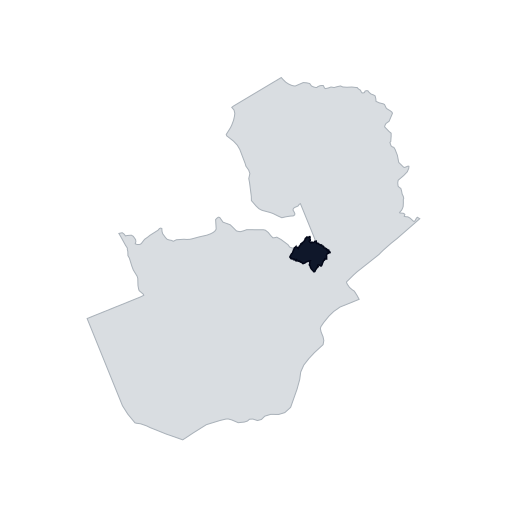 Mkushi, Central, Zambia (highlighted), rotated 338°
{"feature_id": "96606910B76461295717926", "entity_name": "Mkushi", "entity_type": "district", "adm_level": 2, "iso_a3": "ZMB", "parent_name": "Zambia", "parent_adm1": "Central", "projection": "mercator", "projection_center": [29.248, -13.765], "detail": "fine", "context": "in_parent", "style": "filled", "palette": "ink", "viewbox_px": 512, "rotation_deg": 338, "n_neighbors": 0, "source": "geoboundaries", "source_scale": "gbopen_adm2", "svg_char_len": 8601}
<svg xmlns="http://www.w3.org/2000/svg" viewBox="0 0 512 512"><g transform="rotate(338 256 256)"><path d="M335.4,334.8L314.8,334.8L307.4,336.5L301.2,339.0L293.9,343.0L289.7,345.8L288.5,347.4L287.9,350.8L287.9,356.0L287.2,359.8L285.0,363.3L273.9,367.5L266.6,370.9L259.5,375.0L254.0,380.3L250.3,386.8L244.2,394.8L231.4,409.3L224.0,412.0L217.7,411.4L210.2,408.3L204.2,407.8L199.8,409.6L195.7,409.1L192.0,406.0L188.8,404.9L186.3,405.8L183.0,405.6L177.1,403.9L172.0,398.8L169.2,396.7L167.0,395.9L160.9,395.0L146.8,393.8L132.1,396.4L119.2,399.0L106.1,387.5L93.5,375.4L90.8,372.4L86.1,368.3L82.7,366.4L81.3,365.4L77.9,354.6L76.1,344.8L76.0,250.7L133.5,250.7L137.2,250.4L137.3,249.4L134.7,244.4L134.8,242.6L135.5,239.2L138.0,232.5L138.2,230.2L137.0,222.9L137.1,218.8L137.8,210.5L137.4,207.7L138.8,204.0L139.2,201.5L139.7,200.5L139.1,197.6L137.9,187.8L137.3,183.7L140.7,184.3L141.9,186.3L142.5,188.5L144.1,188.7L148.2,190.0L149.6,191.8L150.5,195.7L150.0,197.7L148.6,199.4L150.0,200.8L152.7,201.8L154.3,201.5L158.9,198.8L163.2,197.8L165.3,197.1L174.8,195.4L176.7,194.4L178.0,194.4L179.0,195.2L178.1,197.9L177.8,200.4L179.0,205.1L179.9,207.3L181.9,208.9L183.3,209.7L184.9,211.4L188.2,211.1L195.5,213.5L197.7,214.6L200.7,215.7L202.9,216.1L210.4,217.0L218.3,218.3L222.4,218.4L225.3,218.1L227.4,217.4L228.6,216.6L229.2,216.0L232.2,207.1L233.7,206.4L235.6,205.9L236.8,206.7L238.1,212.3L243.8,217.4L245.7,221.7L247.2,225.3L248.4,226.3L250.6,227.6L254.0,228.0L257.1,228.1L272.6,234.4L274.3,235.5L276.2,238.8L277.3,242.6L278.5,245.5L280.5,246.1L282.3,246.3L284.0,248.4L285.4,250.1L289.9,257.5L290.6,260.4L292.8,262.4L295.8,263.2L298.6,263.3L300.2,262.4L304.1,260.9L307.2,259.2L309.4,258.6L310.7,259.0L311.8,260.2L312.4,263.8L314.6,265.1L316.2,264.6L316.8,263.1L316.9,262.4L316.8,224.1L315.4,224.3L313.7,225.4L309.6,225.5L308.0,226.4L307.5,227.6L307.8,229.2L307.9,231.3L307.3,232.4L305.5,232.8L302.9,231.9L298.2,230.8L294.3,230.2L291.5,227.3L287.7,223.0L285.2,220.8L279.2,216.3L278.2,215.4L276.4,213.2L274.8,209.7L273.4,205.5L272.5,202.9L274.0,198.9L277.5,185.6L278.3,181.5L281.2,177.3L281.4,173.6L280.3,168.8L280.6,166.2L280.9,151.1L280.2,146.3L278.2,141.1L273.9,133.7L273.9,132.2L280.5,127.4L282.5,125.6L286.0,121.8L288.3,118.5L289.8,115.8L290.3,112.4L289.2,109.1L291.5,108.5L346.3,100.0L347.1,102.3L348.7,106.0L350.6,108.7L353.0,111.2L355.0,112.6L356.3,113.1L364.8,112.9L367.8,114.4L370.4,116.2L371.1,119.1L372.8,120.9L374.7,122.3L375.5,122.5L376.9,122.1L379.2,122.1L381.3,122.7L382.3,123.3L382.4,125.8L383.0,126.8L385.9,127.3L388.8,127.4L391.6,129.1L394.6,129.4L398.1,130.0L399.8,131.8L403.5,133.6L408.1,135.2L413.1,137.9L413.2,138.7L414.1,140.3L415.0,141.4L415.0,143.1L415.5,144.6L416.7,145.0L417.8,145.1L418.8,144.0L420.1,144.0L421.6,144.7L422.1,146.5L423.3,148.9L425.1,150.5L426.4,152.1L426.0,155.0L425.2,157.6L427.7,160.2L431.0,162.6L431.9,163.7L432.1,167.4L432.6,168.6L434.9,171.7L436.0,173.7L435.9,174.9L429.9,180.9L426.2,181.8L424.6,183.1L423.6,184.4L426.0,190.4L427.3,192.7L426.2,195.5L423.8,200.4L422.7,200.8L422.5,204.5L423.3,205.9L424.5,206.9L424.9,209.4L424.8,215.6L423.4,222.7L426.1,228.9L427.0,229.6L430.7,229.6L431.4,230.1L430.5,231.9L427.8,234.6L423.1,236.7L416.2,239.0L414.8,241.3L413.9,244.5L414.7,246.4L415.6,247.5L415.3,250.4L414.7,253.4L414.9,255.7L414.6,257.8L413.7,258.9L412.5,262.0L411.0,265.2L409.8,266.6L408.1,268.1L405.4,269.4L405.5,270.0L408.5,271.5L409.3,272.5L409.6,273.2L408.3,274.8L409.8,275.8L411.5,276.6L413.1,278.7L415.0,282.7L415.3,283.1L415.9,283.2L416.9,282.7L418.8,281.1L420.1,280.5L421.8,282.8L393.2,292.7L386.4,294.7L376.4,298.2L373.2,299.5L370.5,300.7L343.9,308.5L339.7,310.0L330.3,313.9L330.0,314.6L330.1,316.4L330.9,320.1L332.6,323.4L334.0,325.4L334.9,330.4L335.4,334.8Z" fill="#d9dde1" stroke="#a8b0b8" stroke-width="1"/><path d="M296.4,280.7L296.8,280.4L297.0,280.7L297.2,280.8L297.4,280.7L297.9,280.7L298.3,280.8L298.6,280.8L299.2,280.7L299.6,280.5L300.0,280.5L300.7,280.2L301.2,280.3L301.7,280.4L301.8,280.4L302.1,280.6L303.0,280.4L303.6,280.6L304.1,280.5L304.3,280.6L304.0,280.7L303.7,281.5L303.5,282.0L303.3,282.4L303.2,282.9L303.1,283.1L303.0,283.3L302.5,283.6L302.3,283.9L302.2,284.0L302.1,284.5L302.4,285.8L302.4,286.6L302.2,287.0L302.4,288.6L303.0,290.3L303.3,290.6L303.4,291.1L303.5,291.9L303.6,292.2L304.4,292.5L304.6,292.4L304.8,292.4L306.0,291.2L308.5,289.6L309.6,289.3L309.8,289.1L309.6,288.5L309.4,288.3L309.6,287.9L309.8,287.7L310.2,287.5L310.4,287.5L310.8,287.8L311.0,287.8L311.2,287.7L311.4,287.9L311.4,288.1L311.4,288.3L311.9,289.0L312.1,289.2L312.1,289.3L312.3,289.5L312.5,289.6L312.8,289.7L313.2,289.5L314.5,288.2L314.6,287.9L315.5,287.1L316.0,286.5L316.4,286.2L316.5,285.9L316.8,285.6L317.5,285.5L317.9,285.5L318.0,285.3L317.9,285.1L318.0,285.0L318.3,285.0L318.6,284.9L318.7,284.5L318.9,284.7L319.4,284.7L319.6,284.7L319.6,284.9L319.7,285.0L319.9,284.9L320.0,285.0L320.4,285.2L320.5,284.9L320.7,284.4L320.8,283.8L321.0,283.7L321.2,283.4L321.2,283.0L321.3,282.8L321.2,282.5L321.3,282.1L321.5,282.1L321.6,281.9L322.2,281.1L322.7,280.7L322.9,280.6L323.1,280.6L323.3,280.6L323.5,280.6L323.6,280.4L323.8,280.3L323.9,280.5L324.2,280.4L324.3,280.5L324.6,280.3L324.8,280.4L324.9,280.2L324.9,280.3L325.3,280.3L325.6,280.4L325.7,280.5L325.8,280.4L325.8,280.6L325.9,280.4L326.0,280.5L326.1,280.4L326.1,280.1L325.8,280.0L325.7,279.8L325.5,279.6L325.4,279.4L325.6,278.9L325.4,278.6L325.4,278.4L325.5,278.0L325.4,278.0L325.0,278.0L325.1,277.9L324.9,277.7L324.8,277.4L324.7,277.2L324.8,277.1L324.5,276.9L324.4,276.7L323.9,276.2L323.8,276.3L323.7,275.8L323.8,275.7L323.5,275.6L323.4,275.4L323.4,275.2L323.5,275.1L323.4,274.8L323.2,274.7L322.9,274.4L322.6,274.5L322.5,274.4L322.4,274.3L322.3,274.2L322.1,273.8L322.1,273.7L322.0,273.4L322.1,273.2L321.9,273.2L322.0,273.0L321.9,272.9L322.0,272.6L322.0,272.4L321.9,272.3L321.9,272.2L321.9,271.9L321.5,271.7L321.2,271.7L320.9,271.5L321.0,271.3L321.0,271.2L321.0,270.8L320.8,270.7L320.6,270.5L320.7,270.3L319.9,270.3L319.9,270.1L319.9,269.7L319.7,269.5L319.4,269.3L319.3,269.1L319.1,269.0L318.9,268.5L318.7,268.3L318.4,268.2L318.3,267.8L318.3,267.7L318.2,267.5L318.2,267.3L317.9,267.2L317.7,267.1L316.8,267.0L316.8,266.6L317.4,264.8L317.2,264.8L316.9,264.8L316.6,264.5L316.3,264.4L316.1,264.5L315.9,264.5L315.5,264.8L315.3,265.0L315.0,265.1L314.7,265.2L313.8,264.9L313.7,264.6L313.4,264.4L313.0,264.1L312.9,264.1L312.7,264.5L312.4,264.6L311.9,264.4L311.6,264.0L311.2,263.6L311.3,262.9L310.9,262.3L310.9,262.1L311.1,262.1L311.3,262.1L311.6,262.0L311.9,261.9L312.1,261.9L312.4,261.5L312.4,261.0L312.5,260.8L312.4,260.2L313.0,259.2L313.2,258.9L313.2,258.7L313.0,258.8L313.0,258.7L312.9,258.4L313.0,258.2L312.7,258.0L312.2,258.4L312.0,258.5L311.7,258.4L310.8,257.8L310.6,257.6L310.2,257.4L309.4,258.0L309.3,257.9L309.1,258.0L308.5,258.1L308.3,258.3L308.1,258.5L307.9,258.6L307.7,259.1L307.4,259.4L306.8,259.9L306.7,260.1L306.4,260.2L305.9,260.6L305.1,260.8L304.2,261.1L303.6,261.1L303.4,261.3L303.3,261.8L303.2,261.9L302.9,261.8L302.5,261.6L302.0,261.6L301.9,262.0L301.5,262.5L301.4,262.5L300.5,262.9L299.6,263.6L299.2,263.9L298.7,264.0L298.0,264.7L297.8,264.9L297.6,264.5L297.8,264.2L297.6,263.7L297.3,263.5L297.2,263.4L296.8,262.7L296.5,262.8L296.1,262.6L296.2,262.4L295.8,262.6L295.6,262.6L295.4,262.7L295.1,262.7L294.3,263.1L293.9,263.4L293.6,263.5L294.6,263.5L294.2,263.7L293.9,264.0L293.2,264.3L293.2,264.5L292.9,264.7L292.8,264.8L292.7,264.8L292.6,265.0L292.3,265.3L291.9,265.7L291.7,266.0L290.8,266.9L290.4,267.1L290.0,267.2L290.0,267.3L289.8,267.3L289.5,267.5L289.1,267.8L288.9,268.0L288.7,268.1L288.3,268.4L288.1,268.7L287.9,268.8L287.6,269.0L287.3,269.2L287.3,269.4L287.1,269.7L287.2,269.8L287.4,270.1L287.2,270.2L287.2,270.4L287.3,270.5L287.2,270.5L287.4,271.1L287.4,271.3L287.7,271.5L287.7,271.8L288.0,271.8L288.2,272.0L288.4,272.0L288.6,272.1L289.0,272.4L289.1,272.7L289.3,272.6L289.4,272.8L290.0,272.9L290.1,273.1L290.2,273.3L290.4,273.5L290.5,273.6L290.4,273.7L290.6,273.7L290.6,273.9L290.8,274.0L290.8,274.3L290.8,274.7L290.9,274.8L291.0,274.9L291.1,275.1L291.2,275.3L291.2,275.2L291.3,275.3L291.6,275.1L291.7,275.3L291.8,275.2L291.8,275.3L292.0,275.4L292.2,275.5L292.3,275.4L292.3,275.5L292.2,275.6L292.3,275.6L292.4,275.8L292.6,276.0L292.7,275.9L292.8,275.7L292.8,275.8L292.8,276.1L293.0,276.2L293.0,276.3L293.3,276.4L293.2,276.5L293.3,276.6L293.5,276.8L293.8,276.7L293.9,276.8L294.0,276.7L294.1,276.8L294.2,277.0L294.3,277.0L294.3,277.4L294.6,277.7L294.8,277.7L294.7,277.9L294.9,278.2L295.2,278.2L295.3,278.2L295.4,278.4L295.4,278.6L295.7,278.7L295.8,279.0L296.0,279.3L296.2,279.5L296.3,280.0L296.4,280.4L296.5,280.4L296.5,280.5L296.4,280.7Z" fill="#0f172a" stroke="#020617" stroke-width="1.5"/></g></svg>